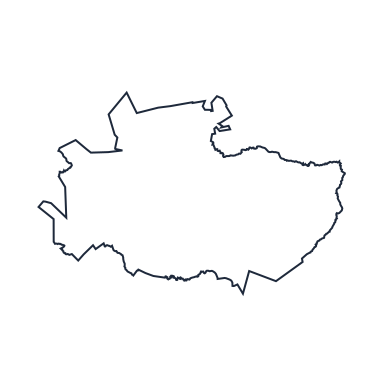 Tepehuanes, Durango, Mexico, rotated 171°
{"feature_id": "50627088B84859418801228", "entity_name": "Tepehuanes", "entity_type": "district", "adm_level": 2, "iso_a3": "MEX", "parent_name": "Mexico", "parent_adm1": "Durango", "projection": "mercator", "projection_center": [-106.004, 25.424], "detail": "fine", "context": "isolated", "style": "outline", "palette": "slate", "viewbox_px": 384, "rotation_deg": 171, "n_neighbors": 0, "source": "geoboundaries", "source_scale": "gbopen_adm2", "svg_char_len": 5985}
<svg xmlns="http://www.w3.org/2000/svg" viewBox="0 0 384 384"><g transform="rotate(171 192 192)"><path d="M47.2,155.5L47.5,156.9L47.3,158.1L48.2,160.1L49.1,162.9L48.5,164.7L49.0,165.8L48.6,167.1L48.8,167.7L49.8,168.3L49.1,169.1L49.2,170.5L48.4,172.1L47.6,172.7L45.6,173.4L45.4,174.4L44.9,174.9L44.7,175.9L43.5,176.7L43.1,177.5L43.2,179.2L41.7,180.2L41.4,182.4L40.7,183.0L40.0,184.5L38.4,185.8L38.1,186.6L40.9,189.1L40.7,190.0L40.4,190.6L41.3,191.3L41.4,191.8L41.2,193.8L40.9,194.4L41.6,194.8L41.8,195.6L40.6,196.9L41.9,198.3L41.8,199.1L43.1,198.2L43.6,198.3L44.4,199.3L45.5,199.1L46.3,199.5L47.4,199.7L48.2,199.6L48.6,199.2L49.1,199.2L50.9,200.2L51.4,200.1L52.4,199.4L52.9,199.5L54.4,198.5L55.0,199.2L56.0,199.3L56.6,198.4L58.1,198.8L59.7,198.2L60.7,198.6L61.9,198.2L64.2,199.3L65.2,198.9L66.2,199.0L66.5,199.7L66.5,200.6L66.7,201.1L68.0,202.1L69.2,202.4L70.0,203.1L71.2,202.1L71.4,201.6L72.2,201.5L72.4,201.0L72.3,200.0L72.9,199.5L73.6,199.6L74.0,199.9L74.1,200.6L75.2,201.0L75.8,201.9L76.5,201.3L78.0,201.1L78.4,201.4L78.0,202.3L77.9,203.0L78.6,202.7L79.1,202.7L81.0,204.5L81.6,204.4L82.7,204.8L84.4,206.1L84.8,206.1L85.8,205.7L86.6,206.3L88.0,206.6L89.3,207.5L91.5,207.6L92.7,208.3L93.4,208.0L94.0,208.9L95.5,209.2L96.2,210.3L98.3,211.1L99.3,212.3L100.5,217.1L103.1,218.3L104.7,218.5L106.7,219.3L107.8,219.1L109.2,219.3L110.2,219.8L112.5,223.2L113.3,224.1L115.5,225.0L117.5,226.3L119.7,226.8L120.7,226.6L121.2,225.1L122.4,224.8L123.9,225.1L124.3,226.2L125.0,226.3L126.2,225.7L127.1,226.6L127.9,227.0L128.3,226.9L128.3,226.7L129.1,225.5L129.8,225.0L130.4,225.7L131.2,225.9L131.7,225.1L132.9,225.0L133.7,225.5L135.8,226.0L136.5,225.6L136.9,224.5L136.6,223.6L138.2,222.2L139.5,222.6L140.4,222.0L142.4,221.9L143.4,221.4L145.6,221.4L148.4,222.2L148.9,221.8L149.7,221.7L152.5,222.1L154.0,221.5L155.2,221.6L155.2,222.2L155.7,222.7L155.5,223.5L155.1,224.0L155.5,225.5L156.2,225.9L156.8,225.6L157.8,225.9L157.6,226.7L158.2,228.5L159.2,228.2L160.2,228.6L160.4,229.6L160.6,229.8L160.3,230.3L160.5,230.5L162.3,230.0L162.5,231.2L162.8,231.5L162.7,232.4L163.1,233.4L163.3,234.9L163.9,235.6L164.4,235.6L164.1,236.3L163.2,237.0L163.3,237.8L165.4,239.4L163.1,246.0L160.0,246.0L160.1,251.0L157.9,252.4L155.2,247.9L144.5,247.9L145.5,251.6L153.0,251.2L151.8,252.4L155.0,255.4L153.8,255.6L140.7,261.2L144.9,271.1L144.3,272.2L147.2,279.5L152.4,282.7L158.9,277.1L158.9,268.9L160.5,268.9L160.7,270.2L166.4,271.2L168.0,274.9L165.0,279.9L177.5,279.8L177.5,280.6L199.9,280.2L212.2,280.6L234.2,278.6L241.0,300.4L262.2,281.7L259.4,260.7L257.2,257.5L261.1,247.2L261.0,246.5L254.2,243.9L268.5,244.5L285.7,246.7L289.5,250.8L298.8,261.5L315.8,256.1L317.5,253.5L315.8,252.6L314.7,251.3L313.6,249.4L313.6,248.3L313.3,247.2L311.3,245.0L311.0,244.2L311.1,242.7L310.9,242.0L310.1,241.2L308.9,239.7L307.6,239.6L307.0,239.3L306.5,237.2L307.3,236.1L308.1,235.8L308.1,235.3L308.4,235.0L309.4,234.8L311.0,234.0L311.7,233.2L313.2,233.1L314.0,232.2L314.4,232.2L315.0,233.2L315.3,232.4L315.8,232.0L315.9,232.3L316.6,231.6L317.2,231.9L317.6,231.6L318.3,231.8L318.9,232.6L319.5,232.7L319.7,231.3L320.5,230.0L320.6,228.7L321.2,228.3L316.5,216.8L320.2,186.3L332.9,203.0L338.2,205.4L340.3,206.0L345.9,201.2L332.9,186.9L336.4,164.4L335.9,163.6L335.5,162.3L333.6,162.2L332.8,161.6L332.0,161.9L331.0,161.6L330.5,161.2L329.9,161.3L329.0,160.3L327.8,160.0L327.2,159.4L326.5,159.2L326.4,158.9L326.9,158.2L329.3,157.0L330.5,156.7L329.7,155.6L329.1,155.4L329.1,154.5L328.3,153.6L328.3,152.4L327.5,151.5L326.7,151.4L326.7,150.9L326.3,150.3L325.5,150.1L324.4,150.2L323.0,149.1L320.4,149.5L315.1,142.1L308.7,147.4L298.1,154.9L296.1,150.7L287.3,155.1L286.7,152.0L286.5,151.8L286.0,151.8L285.3,152.5L284.2,152.8L282.3,151.7L282.0,151.7L280.7,150.6L279.4,151.4L278.6,147.0L278.3,146.5L277.0,145.5L275.9,145.5L275.1,143.6L273.4,143.1L271.6,141.5L271.5,141.0L270.5,140.4L270.2,138.0L270.4,136.6L270.3,134.0L269.7,131.8L269.9,130.2L270.4,129.0L269.7,127.7L269.9,126.9L269.7,125.9L269.0,125.3L268.1,123.6L265.3,121.5L264.6,121.2L264.2,119.8L263.4,119.3L263.0,118.7L258.7,122.9L257.2,123.0L257.8,124.2L250.6,119.2L243.3,115.1L232.3,111.7L231.8,112.1L231.5,112.7L231.0,112.8L230.8,112.6L230.6,111.7L230.0,111.9L229.7,111.7L229.9,110.6L229.8,110.1L229.5,109.8L229.4,110.1L228.1,109.7L227.6,109.8L226.7,110.9L225.5,110.7L225.2,111.0L225.7,111.8L226.7,111.4L226.8,111.6L225.7,112.6L224.6,112.4L223.2,111.7L222.9,110.7L223.2,110.1L222.2,109.7L221.3,108.7L221.5,107.9L221.3,107.6L220.7,107.4L220.3,107.5L220.2,107.9L220.6,108.5L219.9,108.9L219.5,109.5L219.3,109.2L218.7,109.3L217.7,108.2L217.2,108.0L217.2,108.7L217.0,109.0L217.3,109.2L216.8,109.5L216.4,109.2L215.9,108.2L214.7,107.9L214.4,107.0L213.8,106.8L213.5,106.3L213.6,105.8L213.2,105.6L212.6,105.7L212.6,106.2L212.2,106.4L212.1,105.7L211.3,105.5L210.3,106.7L209.2,106.4L208.5,105.9L207.9,106.1L207.2,107.0L205.4,107.4L202.8,107.6L202.0,107.9L201.0,107.8L200.5,108.0L200.0,107.5L199.1,107.7L198.8,108.1L198.9,108.6L198.7,109.2L197.0,109.8L196.4,110.7L195.9,111.0L196.0,111.4L195.5,112.1L194.1,111.6L193.4,111.7L193.2,111.3L193.3,111.1L192.8,110.1L192.2,109.7L191.4,110.1L190.2,111.7L189.7,111.9L188.3,111.7L187.0,111.0L184.7,111.0L183.6,110.3L182.1,108.9L181.2,107.4L180.2,103.2L180.3,102.1L173.3,102.0L171.8,101.5L168.5,99.6L167.4,98.7L166.9,98.0L166.3,96.2L166.7,92.9L165.5,92.6L164.8,92.7L161.6,93.6L157.6,83.6L147.9,105.0L123.0,90.8L93.7,105.6L93.8,109.1L88.3,112.6L85.1,113.7L84.5,113.7L84.1,114.5L82.6,114.9L81.9,116.2L80.7,117.1L79.6,118.4L78.7,118.5L77.9,119.2L77.8,119.5L78.1,120.7L77.2,120.9L77.1,121.8L76.5,122.1L75.9,123.5L75.0,123.9L73.8,124.1L73.2,124.9L71.9,125.1L71.3,125.6L68.7,126.1L68.1,128.0L67.7,128.5L66.6,129.0L66.0,129.7L65.3,129.7L63.0,131.2L62.2,131.3L62.0,132.4L59.1,134.8L58.7,135.8L56.6,138.3L56.4,139.1L55.3,139.7L54.9,141.3L54.6,141.3L54.4,141.6L54.5,142.3L53.0,143.2L53.3,143.9L52.8,145.6L53.1,146.7L52.7,148.1L52.2,148.5L51.6,148.0L50.7,148.0L49.7,148.3L47.0,150.3L46.6,151.0L46.1,152.4L46.4,153.7L47.2,155.5Z" fill="none" stroke="#1e293b" stroke-width="2"/></g></svg>